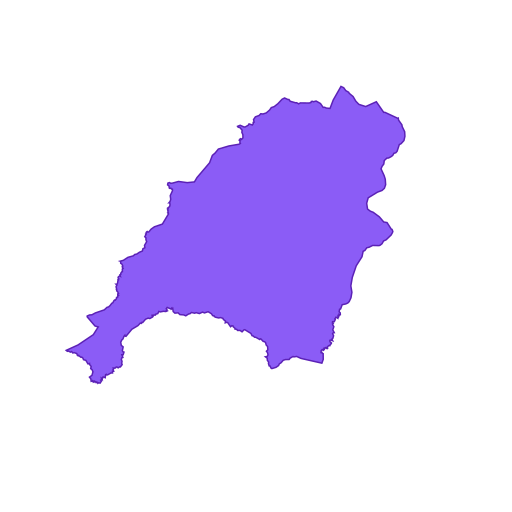 the district of East Mamprusi, Northern, Ghana, rotated 123°
{"feature_id": "2480657B84792930556748", "entity_name": "East Mamprusi", "entity_type": "district", "adm_level": 2, "iso_a3": "GHA", "parent_name": "Ghana", "parent_adm1": "Northern", "projection": "orthographic", "projection_center": [-0.286, 10.453], "detail": "fine", "context": "isolated", "style": "filled", "palette": "violet", "viewbox_px": 512, "rotation_deg": 123, "n_neighbors": 0, "source": "geoboundaries", "source_scale": "gbopen_adm2", "svg_char_len": 6132}
<svg xmlns="http://www.w3.org/2000/svg" viewBox="0 0 512 512"><g transform="rotate(123 256 256)"><path d="M448.3,329.7L449.0,327.6L450.9,326.0L450.2,325.4L450.2,324.8L449.7,324.9L449.9,324.3L449.4,324.0L450.1,323.6L449.0,323.0L449.4,322.3L448.8,322.1L448.5,320.9L449.0,320.8L448.4,320.0L448.9,319.3L448.0,318.9L447.5,317.5L445.1,317.5L444.7,318.6L443.6,318.1L443.0,318.7L443.2,317.8L442.2,318.6L441.8,318.1L441.1,318.5L440.5,318.0L440.2,316.2L437.4,317.5L436.7,317.0L437.0,316.3L436.5,315.7L433.2,314.0L432.2,312.6L430.9,313.6L430.2,312.6L428.9,314.2L427.8,313.9L427.6,314.5L426.5,312.9L425.3,312.8L424.8,312.1L424.9,310.7L423.2,310.0L422.9,309.3L420.0,309.1L419.1,310.2L417.3,311.0L416.1,312.6L414.4,313.1L413.6,312.4L411.9,314.7L411.2,313.6L408.5,314.4L408.8,315.4L408.2,316.5L404.6,317.9L404.3,320.3L402.0,322.5L399.1,322.8L398.1,322.4L395.2,323.0L393.9,322.8L394.5,322.2L394.2,321.3L385.0,320.2L378.7,317.1L375.3,316.5L375.0,315.5L373.7,315.5L373.5,314.8L369.2,314.2L366.8,312.6L366.3,311.0L363.5,309.5L362.7,309.5L362.8,310.5L362.3,310.9L360.3,308.2L359.6,308.5L357.8,307.0L355.4,307.3L355.0,305.8L352.7,303.4L351.7,301.4L350.3,300.5L350.3,301.6L349.3,301.6L349.0,302.6L347.5,302.5L346.8,298.6L345.9,298.4L346.5,298.0L345.2,297.4L347.7,295.2L348.1,292.9L346.1,290.4L346.6,287.9L344.8,284.6L344.4,282.3L341.2,280.9L340.5,280.0L338.5,279.3L337.4,276.3L336.1,275.3L335.1,272.1L332.2,270.3L331.8,268.2L328.8,265.8L328.7,261.9L329.6,259.9L329.0,258.5L329.5,258.0L329.4,256.6L328.3,253.6L326.9,252.1L326.3,249.7L327.0,248.8L327.2,246.2L328.8,245.4L327.5,244.4L327.3,243.4L329.2,238.8L327.6,238.3L327.2,237.1L327.7,236.7L328.1,234.2L328.7,233.9L328.0,232.1L328.5,231.0L327.1,228.8L327.2,226.4L324.6,225.9L323.9,225.3L323.7,218.1L325.0,215.9L324.6,214.7L324.9,213.0L324.3,211.9L324.0,207.4L323.1,207.3L322.9,206.7L323.7,203.5L323.2,202.1L323.5,200.7L325.1,199.0L325.6,197.0L328.2,195.0L330.2,195.4L330.8,193.7L332.4,192.1L334.1,191.9L335.4,193.2L335.6,190.9L337.3,189.7L338.1,187.6L339.4,187.0L341.0,185.1L340.6,184.3L341.8,182.5L341.8,181.4L338.5,178.6L335.6,177.4L333.8,177.7L331.8,176.8L328.7,176.4L326.9,175.0L324.7,171.8L323.2,171.8L320.1,170.2L320.0,169.3L318.1,167.2L317.4,162.5L310.0,142.4L306.1,143.3L301.3,146.5L301.5,147.4L300.9,148.2L301.5,148.9L299.8,149.8L298.4,149.5L298.5,148.2L297.6,147.9L297.4,148.6L296.1,148.7L296.2,147.9L295.0,147.8L295.0,145.9L294.2,145.7L293.8,146.7L291.6,146.2L291.0,145.2L289.8,145.5L288.5,145.1L287.8,145.4L287.6,147.3L286.5,148.1L285.7,147.4L285.3,145.6L284.4,147.1L283.3,146.7L280.6,147.5L279.4,149.5L278.4,149.4L277.7,148.6L276.1,151.4L272.9,152.2L271.8,154.4L270.3,154.5L270.6,155.4L269.4,156.0L268.3,154.6L266.1,154.9L265.8,155.6L263.8,155.6L263.7,153.4L261.7,154.5L261.9,153.6L261.4,153.7L259.9,154.6L259.9,153.6L259.3,153.3L257.8,154.4L257.5,155.9L255.1,156.9L254.4,156.2L249.9,157.2L247.3,154.6L245.4,153.4L243.5,153.0L239.3,153.6L234.2,155.8L229.4,160.2L221.4,163.6L209.6,166.6L198.9,166.7L193.7,168.7L192.1,167.7L188.8,167.6L187.0,165.9L183.6,163.9L180.3,158.5L179.4,157.8L177.1,157.0L173.9,157.2L171.6,155.7L164.8,154.1L162.1,154.3L160.9,154.6L159.6,156.4L159.8,157.2L156.6,164.3L157.9,167.4L156.0,173.8L155.5,181.5L156.1,184.4L155.9,188.0L151.5,191.9L146.1,193.6L136.3,188.9L132.4,186.0L129.3,185.2L125.6,186.1L121.2,189.4L118.8,192.3L114.8,198.6L112.1,199.1L109.3,198.9L106.1,200.4L102.7,199.6L101.6,198.2L99.1,196.8L97.2,196.1L94.8,196.3L93.3,195.0L91.3,194.7L84.5,196.5L82.8,195.5L78.6,194.8L74.5,196.3L70.8,199.0L67.9,203.8L66.5,205.1L64.4,210.4L62.9,211.8L63.3,212.0L65.3,226.2L66.0,227.1L61.1,239.1L70.9,245.4L72.8,252.3L71.8,256.6L69.4,261.4L68.8,266.4L68.2,267.5L68.4,270.8L67.1,274.1L67.5,277.1L83.1,276.2L91.9,274.3L93.6,277.5L93.9,279.5L94.8,280.6L93.0,285.0L93.3,290.0L95.4,291.9L95.5,292.9L96.3,293.8L97.4,293.5L98.8,294.8L103.4,302.1L105.2,303.2L105.3,305.4L105.9,306.1L107.6,311.6L106.8,313.6L107.4,314.6L107.9,318.1L110.3,319.5L116.4,320.6L120.8,322.1L123.2,324.0L126.2,324.1L130.4,325.3L133.1,327.5L134.1,329.5L136.4,329.9L139.6,332.3L142.9,332.4L144.8,330.5L145.5,331.1L146.5,330.4L148.1,330.4L149.0,333.8L150.4,333.7L153.6,335.3L154.3,336.3L155.0,340.5L157.3,342.1L157.7,341.1L157.1,339.3L158.1,336.1L160.0,335.2L161.4,333.1L164.0,331.3L166.1,331.6L165.9,332.7L167.2,333.3L168.1,333.0L167.8,332.2L169.5,331.4L170.1,330.4L171.5,331.1L178.5,338.7L186.8,345.8L192.0,346.4L195.4,347.4L203.1,345.7L222.3,348.2L227.4,348.0L231.9,353.6L235.7,361.6L240.4,365.8L241.5,367.1L241.5,368.5L242.8,369.6L244.5,368.9L244.7,367.0L246.2,365.8L246.3,365.3L245.5,364.4L245.9,363.4L245.5,362.5L246.7,361.6L252.1,360.8L254.9,358.4L256.9,357.8L258.7,358.0L258.2,357.4L260.0,355.9L261.6,355.4L264.0,356.2L264.0,355.6L265.3,355.4L265.4,354.6L266.1,354.6L267.4,353.2L267.9,353.5L268.4,352.3L271.8,352.2L280.2,351.9L286.8,357.1L290.6,358.6L294.1,359.0L294.9,359.8L294.7,360.6L295.5,360.9L296.5,360.8L297.1,360.1L297.8,360.5L298.2,359.9L300.4,359.8L300.7,358.2L302.4,357.1L303.5,355.5L307.8,355.3L309.6,353.7L311.4,354.8L313.7,354.0L316.3,355.8L319.4,357.1L320.7,358.5L322.7,359.0L326.9,362.7L331.9,364.9L334.3,367.1L334.2,366.6L335.8,365.5L335.8,364.1L336.7,362.6L337.6,362.4L337.4,362.1L338.8,361.3L338.8,360.7L339.9,360.9L341.9,359.5L342.5,360.0L344.1,360.0L345.1,359.4L346.0,359.9L346.9,358.7L347.0,359.5L348.4,360.1L349.4,359.8L349.9,358.7L350.9,358.9L351.0,358.3L351.9,358.4L354.0,357.4L355.4,357.2L355.9,358.0L356.2,356.8L358.1,356.6L359.0,355.4L360.1,354.9L360.2,354.3L361.1,353.9L361.3,352.6L362.4,350.8L363.1,351.3L364.0,350.7L364.0,350.0L364.6,350.3L365.7,349.6L366.7,350.4L367.7,349.8L369.7,350.0L369.9,350.6L370.8,350.8L373.2,350.6L374.2,351.2L377.0,351.4L379.0,351.9L380.2,353.0L383.8,353.9L391.2,359.7L394.7,361.6L396.1,363.5L398.3,364.9L399.0,364.4L402.4,352.9L401.4,349.7L410.6,349.6L427.5,356.8L438.5,363.8L438.7,362.3L437.9,361.6L437.7,359.3L436.6,358.6L437.1,356.8L436.1,355.9L435.4,353.2L436.5,351.8L436.0,350.8L436.5,350.6L436.1,350.0L436.3,347.7L435.7,347.1L435.9,345.5L436.9,344.2L436.2,341.8L438.0,338.2L436.8,337.1L437.6,336.6L438.4,334.1L440.5,333.3L440.6,331.7L441.9,329.7L445.4,328.6L448.3,329.7Z" fill="#8b5cf6" stroke="#5b21b6" stroke-width="1.5"/></g></svg>